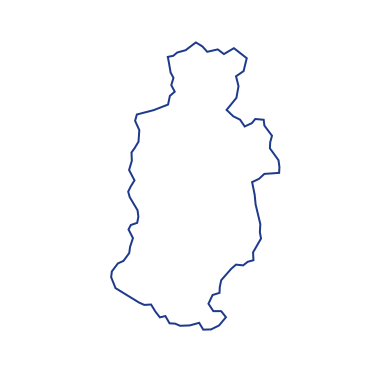 Tabaí, Rio Grande do Sul, Brazil (orthographic projection), rotated 150°
{"feature_id": "56859067B50369544487045", "entity_name": "Tabaí", "entity_type": "district", "adm_level": 2, "iso_a3": "BRA", "parent_name": "Brazil", "parent_adm1": "Rio Grande do Sul", "projection": "orthographic", "projection_center": [-51.732, -29.667], "detail": "fine", "context": "isolated", "style": "outline", "palette": "blue", "viewbox_px": 384, "rotation_deg": 150, "n_neighbors": 0, "source": "geoboundaries", "source_scale": "gbopen_adm2", "svg_char_len": 1326}
<svg xmlns="http://www.w3.org/2000/svg" viewBox="0 0 384 384"><g transform="rotate(150 192 192)"><path d="M139.1,158.3L135.0,170.5L127.4,169.9L120.3,171.5L107.0,165.0L103.8,169.9L101.2,176.3L102.7,190.9L99.3,196.1L94.6,200.7L96.1,213.3L93.8,218.7L100.7,223.6L105.7,221.7L113.6,222.4L114.2,230.6L118.4,236.9L121.0,245.8L106.5,251.3L98.8,260.4L96.0,270.2L86.9,270.9L77.7,280.5L83.8,295.6L95.4,295.5L98.4,302.6L108.7,305.8L110.2,312.9L113.9,319.6L126.6,318.0L135.1,320.2L140.1,319.3L145.4,321.1L147.2,315.9L150.8,306.1L151.0,300.1L156.5,294.9L156.8,287.5L163.1,286.3L169.0,279.7L184.4,282.1L201.0,286.7L205.7,282.1L206.7,271.9L213.2,262.3L219.9,258.6L224.6,256.5L228.5,249.1L235.5,242.5L236.0,230.8L242.2,227.5L247.1,224.2L248.5,218.7L248.3,203.4L250.8,197.4L254.9,192.7L261.5,194.0L265.7,191.3L266.2,181.6L273.1,175.4L276.9,170.5L285.8,166.6L291.9,167.2L301.1,163.3L304.6,158.7L306.3,147.0L293.3,123.0L289.8,118.1L283.7,115.0L283.5,106.7L282.5,99.5L277.1,97.9L277.1,89.5L272.4,86.4L269.2,82.1L260.7,77.6L251.2,75.1L251.1,67.2L244.3,63.5L235.3,62.9L225.2,66.6L226.3,74.2L233.1,78.2L233.6,87.0L225.7,92.5L218.6,90.9L215.4,95.9L210.8,101.0L196.4,105.9L190.2,107.1L184.4,102.9L178.6,103.7L172.9,102.2L169.3,109.2L155.5,117.2L153.3,123.3L148.9,130.0L143.1,149.5L139.1,158.3Z" fill="none" stroke="#1e3a8a" stroke-width="2"/></g></svg>